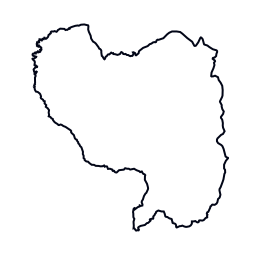 the district of Heliconia, Antioquia, Colombia, rotated 6°
{"feature_id": "7082276B97169896974876", "entity_name": "Heliconia", "entity_type": "district", "adm_level": 2, "iso_a3": "COL", "parent_name": "Colombia", "parent_adm1": "Antioquia", "projection": "orthographic", "projection_center": [-75.764, 6.206], "detail": "fine", "context": "isolated", "style": "outline", "palette": "ink", "viewbox_px": 256, "rotation_deg": 6, "n_neighbors": 0, "source": "geoboundaries", "source_scale": "gbopen_adm2", "svg_char_len": 5713}
<svg xmlns="http://www.w3.org/2000/svg" viewBox="0 0 256 256"><g transform="rotate(6 128 128)"><path d="M230.6,147.7L230.5,147.2L229.3,146.9L228.0,146.1L225.3,138.9L223.8,136.2L222.6,135.2L219.2,133.6L217.9,132.0L217.8,131.4L217.7,130.2L218.1,129.0L221.3,125.1L223.1,124.0L224.4,121.1L222.5,117.7L222.0,115.8L221.8,113.1L221.0,110.4L220.7,109.7L219.4,108.2L219.3,107.2L221.1,104.1L221.5,101.5L219.9,99.5L218.9,96.9L218.8,95.4L216.7,92.3L216.8,91.5L218.3,87.4L218.6,85.9L218.2,80.4L217.3,76.2L215.5,73.4L213.2,70.8L212.2,68.1L209.1,66.9L207.2,67.8L205.7,68.0L205.3,67.7L205.3,64.1L206.7,59.8L207.4,56.3L206.7,54.2L207.6,52.5L207.3,51.8L205.0,50.4L205.0,49.8L205.2,49.4L206.7,48.9L208.1,47.3L208.2,44.9L208.7,43.2L208.6,42.2L207.9,41.5L204.1,40.8L200.3,38.9L198.4,37.7L195.2,37.0L194.8,36.6L193.0,31.9L191.6,30.5L191.0,30.3L190.5,30.9L188.9,35.5L187.1,38.7L186.7,39.2L185.7,39.4L185.3,39.2L182.8,35.5L177.6,32.4L172.2,28.5L169.9,27.1L166.1,26.9L161.7,27.4L159.1,28.9L157.2,30.7L153.8,35.0L149.2,37.1L148.1,37.1L147.3,37.9L146.9,39.5L146.6,39.7L146.2,39.9L145.3,39.8L143.9,40.3L142.5,41.6L140.8,42.4L139.0,44.5L134.7,46.7L131.2,50.1L130.9,50.7L130.7,52.6L128.6,54.8L128.0,54.8L127.3,52.8L125.6,52.1L125.0,52.3L125.8,53.5L125.1,55.4L124.6,55.9L123.7,55.9L122.9,56.3L122.2,56.2L120.6,55.4L119.3,55.5L117.8,54.6L116.9,54.9L115.6,54.9L114.7,53.7L113.5,53.2L113.0,53.6L112.5,55.0L111.3,55.8L109.8,56.4L107.2,55.9L105.9,56.0L105.4,55.1L104.6,55.4L103.4,54.8L101.7,56.8L100.7,56.8L100.2,57.2L99.3,58.8L98.4,59.4L97.8,61.7L97.4,62.1L96.9,61.8L95.1,59.4L94.4,59.0L93.6,55.9L93.4,54.0L92.8,53.0L91.9,52.3L91.1,52.1L90.2,50.7L87.2,47.4L85.8,46.4L84.2,45.7L82.0,42.9L81.2,40.1L79.0,36.4L78.1,34.2L78.0,30.9L77.6,30.1L73.7,29.6L70.4,30.2L68.4,31.4L67.2,31.3L64.9,31.9L61.5,33.4L60.1,34.2L59.6,35.5L59.2,35.6L58.8,35.1L57.5,36.7L56.7,36.7L55.6,37.1L54.4,36.1L50.2,36.3L48.0,38.0L47.4,39.3L46.8,39.8L44.9,39.3L43.9,39.8L41.8,40.0L41.2,40.6L41.3,41.9L40.4,42.5L40.3,43.1L39.3,43.7L39.0,45.6L37.7,47.4L37.0,47.9L36.5,47.9L36.1,47.6L35.7,46.9L35.3,46.9L34.8,48.5L33.7,48.3L33.5,48.8L32.9,49.0L33.3,49.6L33.1,50.0L32.4,49.8L31.5,49.0L30.7,49.0L30.7,50.0L30.1,50.8L30.7,51.7L30.7,52.1L30.3,52.3L29.8,52.0L28.6,52.2L28.6,52.5L29.1,52.9L28.4,54.0L28.9,54.6L28.8,55.8L29.3,56.2L30.2,56.3L30.2,55.2L30.7,55.1L31.1,55.7L31.2,56.5L32.3,56.3L33.4,57.3L33.3,58.1L33.7,58.7L33.7,58.9L32.4,59.4L32.5,59.7L33.2,60.0L32.9,60.5L32.8,61.2L32.3,61.7L31.6,61.8L30.4,61.1L30.2,61.4L30.4,62.2L28.6,62.3L28.3,62.7L28.6,63.2L28.5,63.5L27.5,63.0L27.2,63.7L25.9,63.9L25.4,64.6L25.5,65.4L26.1,66.1L29.3,66.7L29.2,67.2L27.2,68.8L26.1,68.9L25.8,69.2L26.1,69.7L28.2,71.4L28.5,72.5L28.4,75.1L29.8,75.4L30.5,76.1L31.2,76.3L31.2,76.9L30.9,77.1L29.8,76.9L29.4,77.1L29.1,78.2L28.4,78.9L28.0,79.6L28.8,82.0L29.3,82.2L31.0,81.4L31.4,81.7L30.6,83.4L29.7,83.7L29.3,84.0L29.4,84.3L30.5,85.1L30.7,85.9L30.2,87.6L30.9,93.0L30.6,94.0L30.9,94.5L30.4,95.0L30.2,95.4L31.0,96.6L30.9,97.1L30.4,97.3L30.9,97.9L31.4,99.7L32.6,101.4L34.5,101.6L36.7,103.0L37.2,103.6L38.2,105.6L38.0,106.9L38.4,107.6L40.6,108.8L41.2,109.9L42.4,110.1L42.5,112.3L44.3,113.8L44.0,115.5L46.1,116.8L47.6,118.5L47.5,121.1L48.2,123.2L47.9,124.7L49.5,125.1L50.2,125.6L50.8,126.4L52.2,126.8L52.6,128.0L54.0,129.5L55.1,130.3L57.6,131.5L58.5,132.3L59.2,132.3L60.5,131.6L61.7,131.8L63.5,132.8L65.7,133.4L71.2,136.3L71.8,137.0L71.8,138.0L72.5,138.9L74.9,140.7L76.2,143.7L77.2,144.7L78.3,145.0L79.0,146.5L79.9,147.2L80.2,148.5L81.4,149.4L82.1,150.8L83.7,152.1L85.7,156.4L85.8,158.6L86.8,160.3L87.0,162.6L88.1,163.4L88.3,164.5L90.0,165.6L91.9,165.7L93.2,166.9L95.8,168.4L98.0,168.2L99.9,169.0L102.8,168.8L104.7,169.0L106.6,168.7L108.1,167.8L108.8,168.9L109.9,168.4L111.2,168.5L112.4,170.8L114.3,170.4L116.8,171.0L117.0,171.3L117.0,171.9L117.4,172.3L118.7,172.1L119.3,173.0L120.1,173.4L121.1,173.5L121.5,173.3L123.5,170.9L128.0,169.9L128.6,169.5L129.0,168.6L129.4,168.3L131.4,168.6L133.0,168.4L134.5,169.1L138.3,167.9L140.9,169.1L143.7,169.8L144.7,170.6L145.2,170.5L145.8,169.9L146.3,169.8L147.6,171.7L148.3,172.1L149.3,172.3L149.9,172.9L150.1,173.1L149.9,174.3L150.2,177.8L152.8,181.6L154.0,184.8L154.3,186.0L154.2,187.0L153.0,190.6L152.2,191.4L151.0,194.0L150.3,197.5L149.4,199.4L149.4,200.6L150.4,202.5L150.4,203.6L148.7,204.2L147.7,203.8L147.6,204.9L146.1,205.6L143.5,208.0L143.3,207.1L143.0,206.9L142.6,207.1L142.0,208.0L141.8,211.1L142.2,212.4L142.6,215.6L142.8,216.4L143.8,217.7L143.3,220.7L144.0,224.8L144.0,227.1L144.4,226.9L144.6,227.0L146.6,229.1L147.2,229.1L147.9,228.7L149.2,228.7L149.5,228.1L148.5,226.3L148.6,225.8L149.0,225.3L150.7,224.1L154.9,222.7L156.7,220.7L158.0,220.2L160.0,217.9L160.1,217.5L159.3,216.9L159.4,216.5L161.3,215.7L162.4,215.6L162.6,215.1L162.4,213.3L163.5,211.9L163.8,210.7L164.5,209.8L164.7,208.6L165.1,208.1L166.8,206.9L170.1,207.5L172.3,207.3L173.4,209.3L174.4,212.0L175.2,212.4L176.4,212.4L178.7,213.6L180.3,213.8L181.1,214.2L181.4,215.6L182.0,216.4L182.1,217.5L182.6,217.9L184.2,218.1L185.2,218.5L186.0,219.7L186.2,221.3L186.7,221.8L187.4,221.6L189.7,220.2L191.0,220.0L192.2,219.4L194.4,220.1L195.9,220.3L196.7,220.2L199.2,219.4L200.6,218.3L201.5,216.5L201.3,214.2L203.3,214.0L204.6,213.5L206.3,214.4L206.9,214.6L207.7,214.4L208.2,213.9L208.2,213.1L208.5,212.5L209.2,212.3L211.6,212.3L212.3,212.0L213.0,211.6L214.6,209.4L216.0,208.7L216.2,208.3L215.7,207.3L216.1,206.0L215.4,205.2L215.3,204.6L215.7,203.5L216.6,203.0L218.0,198.9L218.2,197.4L218.9,196.8L219.6,195.6L220.2,195.3L221.5,195.4L222.3,195.3L223.9,194.0L224.6,192.6L225.0,189.2L226.2,187.9L226.5,187.2L226.9,184.7L225.5,180.6L225.4,179.2L226.3,177.2L227.7,171.8L228.3,169.1L228.7,163.5L229.3,162.1L228.9,159.5L227.8,158.2L227.4,154.4L228.8,150.3L230.6,147.7Z" fill="none" stroke="#020617" stroke-width="2"/></g></svg>